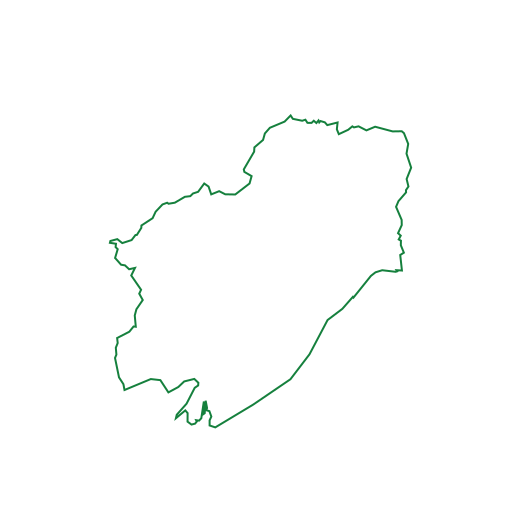 San Estanislao, Bolívar, Colombia, rotated 33°
{"feature_id": "7082276B79132540776800", "entity_name": "San Estanislao", "entity_type": "district", "adm_level": 2, "iso_a3": "COL", "parent_name": "Colombia", "parent_adm1": "Bolívar", "projection": "equal_earth", "projection_center": [-75.215, 10.366], "detail": "medium", "context": "isolated", "style": "outline", "palette": "green", "viewbox_px": 512, "rotation_deg": 33, "n_neighbors": 0, "source": "geoboundaries", "source_scale": "gbopen_adm2", "svg_char_len": 1951}
<svg xmlns="http://www.w3.org/2000/svg" viewBox="0 0 512 512"><g transform="rotate(33 256 256)"><path d="M310.3,72.0L302.7,77.1L285.5,82.7L280.2,90.5L271.4,91.4L268.1,94.8L266.2,94.8L264.6,99.9L259.1,108.7L254.8,105.7L251.7,99.6L244.5,107.4L240.9,106.4L236.6,107.7L236.3,109.5L234.6,108.3L234.2,111.6L230.8,111.1L230.1,114.1L226.6,116.3L223.2,114.8L221.1,117.4L212.2,120.9L208.5,119.3L206.8,127.7L197.8,140.9L196.7,148.4L198.7,154.8L195.5,165.8L197.6,169.5L198.6,190.0L200.4,191.8L208.8,191.4L211.1,198.7L205.1,215.7L196.6,221.0L189.8,221.7L184.9,228.7L178.4,223.6L173.1,223.4L172.5,233.7L169.1,237.9L168.3,241.6L164.1,245.1L158.9,255.5L154.2,259.8L152.5,259.7L149.5,263.7L147.7,273.5L148.7,280.6L143.3,292.8L144.5,294.9L144.6,303.2L143.5,304.1L143.0,310.4L136.8,318.0L130.5,317.4L125.7,322.7L126.3,324.5L131.9,322.0L133.4,325.0L136.3,325.6L138.9,334.4L147.6,336.8L151.2,335.2L156.8,336.2L161.0,331.9L162.0,340.3L178.0,346.9L178.6,351.2L185.0,354.6L184.7,365.8L186.7,371.9L193.7,380.8L191.7,381.8L191.0,388.5L184.2,400.4L187.4,404.3L188.4,409.3L192.6,414.7L193.3,418.3L207.2,432.4L214.6,435.7L218.7,440.0L234.8,416.5L243.4,412.2L256.8,418.1L262.2,408.2L264.1,400.3L271.2,392.7L276.7,393.7L278.0,396.1L276.4,399.9L278.2,417.7L276.0,432.3L277.2,435.7L280.8,424.0L284.2,425.0L288.8,432.2L293.7,432.5L296.2,429.8L296.5,427.1L295.2,426.3L297.9,425.1L298.5,421.9L291.5,406.4L298.0,417.3L298.6,415.8L292.6,404.8L297.8,410.2L298.0,412.5L301.4,411.5L306.0,415.0L306.6,419.1L309.4,423.4L315.2,421.9L334.6,382.1L352.0,340.6L354.4,309.3L350.9,270.7L357.2,253.3L359.5,237.5L360.4,237.8L363.2,210.1L365.1,204.6L369.6,199.2L381.7,193.2L382.7,192.0L381.5,191.4L386.3,188.7L376.4,176.6L378.2,172.7L371.6,168.1L369.2,164.2L366.7,164.4L366.3,160.1L362.7,159.5L361.4,150.7L358.5,146.4L346.7,138.5L345.6,132.4L347.2,120.9L345.9,119.1L346.0,114.7L340.4,109.4L338.0,97.4L326.5,88.2L322.6,79.1L313.2,72.4L310.3,72.0Z" fill="none" stroke="#15803d" stroke-width="2"/></g></svg>